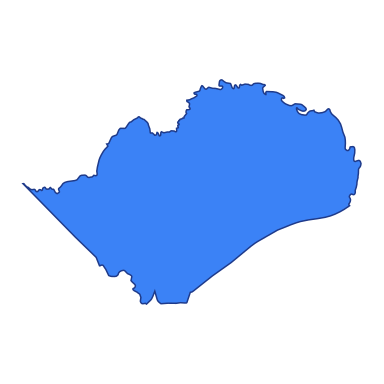 the district of San Miguelito, Panama
{"feature_id": "35544464B70550696695084", "entity_name": "San Miguelito", "entity_type": "district", "adm_level": 2, "iso_a3": "PAN", "parent_name": "Panama", "parent_adm1": "", "projection": "natural_earth1", "projection_center": [-79.491, 9.058], "detail": "fine", "context": "isolated", "style": "filled", "palette": "blue", "viewbox_px": 384, "rotation_deg": 0, "n_neighbors": 0, "source": "geoboundaries", "source_scale": "gbopen_adm2", "svg_char_len": 5926}
<svg xmlns="http://www.w3.org/2000/svg" viewBox="0 0 384 384"><path d="M219.9,80.6L219.4,81.8L219.0,84.9L219.1,85.6L219.4,86.0L222.1,86.1L222.4,86.3L222.7,86.8L222.5,88.0L221.7,88.9L221.2,89.3L220.6,89.5L220.1,89.5L215.5,88.4L212.5,88.3L209.0,87.3L208.4,87.4L206.7,88.9L206.1,89.2L205.6,89.1L204.8,88.7L202.8,86.2L202.3,85.8L201.9,85.7L201.6,86.0L201.1,86.9L200.4,88.6L199.9,90.4L199.5,91.0L198.8,91.3L195.1,92.3L194.1,92.8L194.1,93.5L194.6,94.1L195.3,94.3L196.3,94.2L196.7,94.5L197.0,95.3L196.8,95.9L195.8,96.6L193.8,97.9L191.3,98.9L189.6,99.8L186.8,100.2L186.8,101.0L187.1,101.6L188.6,102.4L189.5,103.5L189.5,104.6L189.0,106.8L190.0,108.2L190.1,108.9L189.8,109.3L189.2,109.5L187.7,109.8L187.0,109.7L186.6,109.9L186.2,110.8L186.0,112.2L186.6,113.5L184.3,116.4L184.0,117.0L184.0,118.0L183.7,118.1L182.6,118.1L181.8,118.9L180.9,119.0L179.9,119.4L179.5,119.9L179.5,120.4L178.8,120.6L178.6,121.6L178.1,121.7L177.9,122.0L177.7,122.5L177.9,123.2L179.0,123.9L179.1,124.3L178.9,124.8L178.3,124.8L177.8,125.4L177.8,126.1L178.3,127.3L178.3,127.7L176.5,128.3L176.7,130.7L176.5,131.4L176.1,131.7L175.2,131.7L174.4,131.1L173.7,131.0L171.3,130.8L170.8,131.0L169.5,132.0L167.3,132.0L164.3,132.7L163.6,132.7L161.4,131.8L160.9,132.4L160.6,135.3L160.2,135.7L159.7,135.9L159.3,135.8L158.1,133.2L157.5,132.6L157.1,132.4L156.9,132.7L156.5,134.6L155.4,135.2L154.6,135.2L154.1,134.5L152.4,133.0L151.9,132.9L150.9,133.1L150.3,132.8L149.8,128.9L148.5,125.4L148.0,123.4L147.0,122.1L144.0,119.4L142.6,119.1L142.0,118.5L141.4,118.4L140.3,117.8L139.3,116.9L139.0,116.8L138.3,116.9L137.9,117.5L136.9,118.2L133.8,119.7L131.1,121.9L129.9,122.2L129.6,122.4L128.7,123.4L126.1,127.3L125.3,128.2L124.6,128.4L120.7,128.3L120.1,128.5L118.8,130.0L117.2,134.0L116.7,134.8L116.3,135.1L112.9,136.3L112.2,136.7L111.3,137.9L108.8,143.3L108.2,143.8L106.7,144.0L107.9,146.1L106.8,147.4L105.1,149.1L103.4,151.3L101.3,154.9L99.9,157.8L99.1,160.0L97.4,167.1L96.8,171.1L97.2,174.1L96.9,175.1L96.5,175.5L95.5,175.7L93.8,175.3L92.7,176.5L91.9,177.0L90.7,177.1L89.0,177.5L87.7,177.2L86.2,175.6L85.3,175.2L84.5,175.1L81.6,175.3L80.5,175.7L79.9,176.1L77.2,179.6L76.4,180.1L74.6,180.6L67.5,181.6L64.9,182.4L63.7,183.1L62.9,183.7L61.4,185.9L60.1,187.4L58.8,188.4L58.6,188.9L58.6,189.5L59.4,191.5L59.4,192.0L59.0,192.5L57.3,193.6L56.5,193.4L55.2,192.2L53.8,189.5L53.3,189.2L52.4,189.3L51.9,189.1L50.4,187.5L50.1,187.6L48.9,189.0L47.0,189.2L46.1,188.9L45.2,187.5L44.7,187.3L44.3,187.3L43.0,188.0L42.7,188.6L42.4,189.9L42.1,190.3L41.6,190.5L40.7,189.8L39.7,189.6L39.0,189.9L37.7,191.5L37.0,191.7L36.3,191.5L36.0,191.3L35.1,189.8L34.6,189.4L33.8,189.4L32.0,189.7L30.8,189.4L29.5,188.6L28.5,187.5L26.7,186.8L24.9,185.0L23.9,183.7L23.6,183.6L23.0,183.7L75.4,237.2L96.2,257.4L99.5,265.8L100.1,265.8L101.0,265.2L101.9,265.1L102.8,265.2L103.4,265.7L104.5,267.5L105.8,269.4L108.7,275.5L110.2,276.1L111.3,276.4L114.2,276.5L116.1,276.3L116.9,275.8L118.0,274.8L118.7,272.8L119.7,271.7L121.3,270.8L123.4,270.3L124.6,270.6L127.5,273.6L130.0,274.7L131.3,275.6L131.7,276.2L131.8,276.7L131.0,280.6L132.3,282.1L134.9,284.5L135.4,285.7L135.2,286.7L134.8,287.5L134.3,288.0L133.3,288.4L133.0,288.7L132.9,289.0L133.1,289.7L134.2,290.7L137.3,292.3L138.4,293.3L139.3,293.8L139.8,294.3L140.9,297.5L140.4,300.8L140.4,301.5L140.7,302.2L141.2,303.0L142.0,303.6L142.5,303.7L144.1,303.6L145.2,303.3L146.5,304.1L150.6,300.2L151.6,298.9L152.9,296.2L154.8,291.2L157.1,299.3L157.5,300.3L158.1,301.3L158.9,302.1L160.7,303.6L161.4,303.7L168.0,303.2L176.2,303.3L180.5,302.7L185.0,303.0L186.5,302.9L186.9,302.5L190.3,292.3L191.9,292.0L193.4,291.0L212.4,275.9L231.1,262.6L250.8,246.3L254.7,243.4L257.8,241.4L277.5,230.1L290.7,224.8L296.2,222.8L300.5,221.5L308.5,219.9L317.7,218.6L325.2,217.3L330.4,215.9L334.9,214.2L339.9,211.8L344.1,209.4L349.6,205.7L349.0,204.9L348.8,204.1L349.7,202.7L350.2,201.6L350.4,200.8L350.5,199.6L350.2,198.5L349.3,196.9L349.4,196.1L350.3,194.7L351.1,194.1L351.8,194.1L353.3,194.7L354.0,194.6L354.7,194.0L355.1,193.2L355.3,192.2L355.2,190.4L356.3,187.1L356.9,184.1L356.9,183.0L357.1,181.3L358.0,177.7L358.0,176.2L358.4,173.5L358.5,169.5L358.8,168.5L360.3,166.6L360.8,165.0L361.0,163.5L360.4,161.7L359.8,160.8L359.5,160.6L358.8,160.4L358.2,160.5L356.5,161.0L355.3,161.5L354.5,161.3L353.9,160.7L353.7,159.5L353.7,157.8L354.7,153.1L354.8,150.3L354.8,149.6L354.4,147.7L353.9,147.0L353.0,146.6L350.3,146.9L350.0,147.3L349.8,148.6L348.6,150.3L348.2,150.5L347.0,150.5L345.5,149.4L345.1,148.1L345.4,143.3L345.3,140.2L344.9,137.2L342.9,132.1L341.6,127.2L340.5,123.9L338.2,120.1L335.8,117.5L333.3,115.4L331.7,113.9L331.0,112.8L330.2,111.3L329.9,109.9L329.4,109.2L328.7,108.8L328.1,108.9L327.4,109.4L326.0,110.9L325.0,111.7L322.4,112.6L318.7,113.1L316.8,112.6L314.6,111.7L313.9,110.2L312.9,110.6L310.6,110.9L309.5,111.3L307.6,113.1L306.7,114.6L306.2,115.0L304.8,115.1L301.4,114.6L299.2,113.6L298.1,112.5L297.4,111.4L296.7,109.8L296.5,108.9L296.5,108.1L296.7,107.8L297.0,107.8L298.3,109.3L301.3,110.7L302.6,111.1L304.0,111.1L304.9,110.9L305.4,110.5L306.0,109.9L306.2,109.4L306.1,108.8L305.8,108.1L304.5,106.8L302.0,104.8L301.1,104.4L300.1,104.2L295.2,103.8L294.5,104.1L292.1,105.5L291.1,105.7L289.4,105.5L286.0,104.1L284.6,103.3L282.8,101.8L281.8,100.8L281.4,100.0L281.5,98.8L282.1,97.9L282.5,97.9L283.6,98.4L284.6,97.9L284.6,97.5L284.0,96.3L282.9,95.4L277.9,92.9L276.3,92.3L273.3,91.8L266.6,91.5L266.2,91.8L265.8,92.4L265.9,94.5L265.5,94.5L264.1,93.4L263.6,92.6L263.1,91.2L262.7,88.6L262.7,87.9L263.1,87.3L265.2,85.4L265.1,85.0L264.5,84.6L263.1,84.5L260.3,83.4L258.2,83.2L255.7,83.3L254.1,83.6L253.5,83.9L252.3,85.1L251.2,85.4L249.6,85.1L248.5,84.4L245.0,84.1L241.7,85.2L240.6,84.4L239.7,85.2L239.3,87.6L239.0,87.9L238.6,88.0L238.2,88.0L237.8,87.6L236.0,85.1L235.3,84.9L235.0,85.1L234.6,85.5L234.1,88.1L233.8,88.6L233.4,88.7L232.7,88.3L232.1,87.6L230.8,84.1L230.4,83.5L226.1,82.8L224.0,81.5L222.1,80.0L221.7,79.9L221.0,79.9L220.5,80.2L219.9,80.6Z" fill="#3b82f6" stroke="#1e3a8a" stroke-width="1.5"/></svg>